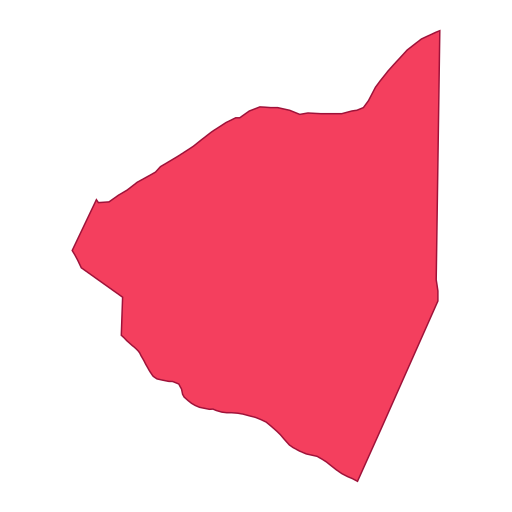 Lezy, Micoud, Saint Lucia (Equal Earth projection)
{"feature_id": "8701671B57914873676078", "entity_name": "Lezy", "entity_type": "district", "adm_level": 2, "iso_a3": "LCA", "parent_name": "Saint Lucia", "parent_adm1": "Micoud", "projection": "equal_earth", "projection_center": [-60.94, 13.804], "detail": "fine", "context": "isolated", "style": "filled", "palette": "rose", "viewbox_px": 512, "rotation_deg": 0, "n_neighbors": 0, "source": "geoboundaries", "source_scale": "gbopen_adm2", "svg_char_len": 1791}
<svg xmlns="http://www.w3.org/2000/svg" viewBox="0 0 512 512"><path d="M132.3,345.6L134.0,346.9L135.9,348.6L138.0,350.7L139.7,352.9L141.2,356.0L141.7,356.8L143.9,360.6L145.8,364.4L148.0,368.2L148.8,369.7L150.4,372.3L152.3,375.1L153.1,376.2L154.3,377.1L157.0,378.9L162.4,380.1L166.3,380.9L168.8,381.4L172.7,381.5L178.8,384.0L180.2,386.7L181.5,389.0L181.9,390.8L182.6,394.3L184.3,397.3L185.0,397.8L188.0,400.5L190.5,402.5L191.5,403.3L192.2,403.7L195.1,405.4L197.4,406.4L199.5,407.3L204.9,408.4L207.4,408.9L209.4,409.3L213.0,409.1L216.3,410.5L221.8,412.1L223.4,412.3L226.6,412.7L229.2,412.7L231.3,412.7L237.8,413.2L241.7,413.9L242.6,414.0L249.6,415.9L254.5,417.1L256.1,417.6L261.2,419.7L266.2,422.1L271.6,426.6L276.7,431.1L280.3,434.6L281.0,435.4L284.2,439.2L286.6,441.9L289.4,445.0L291.6,446.5L292.8,447.4L299.4,451.0L306.2,453.9L317.0,456.3L322.1,459.2L326.5,462.0L328.6,463.7L331.5,466.0L336.3,469.8L341.8,473.6L347.6,476.6L352.4,478.6L353.7,479.3L357.5,481.3L381.2,428.6L437.9,301.0L437.9,291.0L437.0,284.9L436.2,279.8L439.8,30.7L436.0,32.2L426.5,36.6L421.4,39.0L415.8,43.3L407.3,49.9L398.2,59.8L396.7,61.4L393.5,64.9L388.1,70.9L386.0,73.6L380.0,81.1L379.0,82.5L375.5,87.2L370.4,97.0L368.4,100.8L363.4,107.6L356.8,110.3L355.0,110.5L351.8,111.0L341.7,113.7L321.0,113.7L307.9,113.0L304.9,113.5L299.8,114.4L289.7,110.3L277.6,107.6L270.5,107.6L265.3,107.2L259.9,106.9L249.3,111.0L239.7,117.8L235.7,117.8L226.1,122.5L214.3,130.1L211.5,132.0L208.9,134.0L200.9,140.2L193.3,146.3L186.1,151.0L177.7,156.4L171.0,160.4L160.5,166.6L155.5,172.1L148.4,176.1L137.3,182.2L127.1,190.1L118.6,195.1L109.0,201.9L101.7,202.4L98.4,202.6L96.4,199.7L72.2,250.5L74.8,254.8L77.7,260.2L81.3,267.8L122.6,297.2L121.3,335.3L123.9,337.6L126.8,340.7L132.3,345.6Z" fill="#f43f5e" stroke="#9f1239" stroke-width="1.5"/></svg>